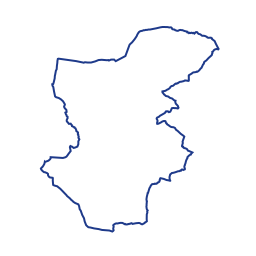 Wanging'ombe, Njombe, United Republic of Tanzania (Mercator projection), rotated 6°
{"feature_id": "72390352B33528420406675", "entity_name": "Wanging'ombe", "entity_type": "district", "adm_level": 2, "iso_a3": "TZA", "parent_name": "United Republic of Tanzania", "parent_adm1": "Njombe", "projection": "mercator", "projection_center": [34.635, -9.053], "detail": "fine", "context": "isolated", "style": "outline", "palette": "blue", "viewbox_px": 256, "rotation_deg": 6, "n_neighbors": 0, "source": "geoboundaries", "source_scale": "gbopen_adm2", "svg_char_len": 5754}
<svg xmlns="http://www.w3.org/2000/svg" viewBox="0 0 256 256"><g transform="rotate(6 128 128)"><path d="M158.5,23.7L157.0,23.5L151.9,23.9L149.7,24.5L145.7,25.9L139.5,27.8L138.2,27.9L136.5,28.5L135.6,28.5L134.1,29.1L133.4,29.1L132.1,29.8L130.2,30.4L129.6,30.8L128.9,31.4L128.3,32.4L128.3,32.6L128.1,32.8L127.4,34.4L127.0,35.8L125.3,39.0L123.1,42.4L121.3,44.4L120.8,45.2L117.9,56.7L108.8,62.8L107.0,61.4L103.9,61.8L102.0,62.9L101.5,62.5L99.9,62.8L94.7,62.9L91.6,63.5L88.4,65.2L84.3,66.8L81.4,67.1L78.3,67.1L77.1,67.7L76.5,67.6L69.4,66.9L51.7,66.3L51.0,66.6L50.8,68.6L50.9,70.7L50.8,73.2L50.9,77.1L50.3,78.5L50.0,82.4L49.8,83.9L49.9,86.3L49.3,90.7L49.0,92.1L48.1,92.4L48.5,93.9L49.4,95.0L50.6,99.3L52.2,104.2L53.3,104.9L56.0,105.4L58.3,106.5L60.6,108.2L62.5,110.7L62.8,111.4L62.4,112.6L62.2,113.6L63.1,115.0L64.7,116.3L64.9,116.7L65.0,117.4L65.2,117.9L65.2,118.6L64.1,119.2L64.8,120.8L65.4,121.4L65.7,122.4L66.0,122.8L66.7,123.1L66.9,124.6L66.5,125.5L66.2,126.6L66.5,127.9L67.7,128.8L68.2,129.5L68.9,130.1L70.1,129.7L70.6,129.7L71.2,130.6L71.9,131.0L72.1,132.0L74.7,132.9L74.7,133.3L75.9,133.9L76.6,135.4L76.8,135.6L76.9,136.4L78.6,137.5L78.8,137.8L78.7,139.2L79.2,139.6L79.1,140.1L79.5,141.1L79.8,141.4L79.9,142.1L79.7,142.9L80.8,144.3L80.0,146.4L80.3,149.3L79.6,151.8L77.4,153.0L76.0,153.5L74.3,152.4L73.4,152.4L72.8,151.9L72.4,152.2L72.2,153.1L73.4,156.9L71.6,159.8L70.8,161.3L69.8,162.9L68.7,163.7L66.4,164.6L54.1,165.1L54.2,166.3L53.7,167.3L52.3,168.8L48.9,170.5L48.8,170.4L48.6,172.3L47.7,174.4L46.8,176.0L46.5,176.1L45.6,177.4L46.0,178.3L47.5,179.7L49.1,180.7L50.2,180.7L52.4,181.4L53.2,182.0L53.4,183.3L54.3,184.6L55.4,185.3L58.3,185.4L58.5,185.7L58.7,188.2L59.5,192.4L60.7,192.9L63.8,193.4L64.6,194.0L67.0,195.5L73.8,201.2L74.5,202.0L77.5,204.0L79.4,205.7L80.1,206.0L81.6,207.3L82.6,207.7L83.2,208.1L86.6,209.1L87.5,210.7L88.5,213.9L89.6,215.1L91.6,219.3L93.7,222.4L94.7,225.5L96.6,229.1L98.9,230.8L101.1,230.9L104.8,231.4L109.5,231.6L112.8,232.1L120.2,231.9L123.2,232.6L124.1,231.8L124.4,231.1L123.9,230.1L123.8,229.1L124.0,228.3L124.0,227.4L123.5,226.4L123.7,225.8L125.5,224.4L126.5,224.1L127.8,224.0L128.5,223.7L130.5,223.1L132.5,223.0L134.3,223.8L135.1,224.1L135.3,224.1L135.4,223.8L136.0,224.0L136.8,224.1L137.2,224.0L138.4,223.4L138.9,223.5L139.5,223.1L140.1,223.0L141.1,222.4L141.6,222.3L142.5,222.9L145.8,221.9L148.7,221.3L149.2,221.3L150.0,221.5L151.4,222.2L152.0,222.3L152.5,222.2L153.6,221.3L154.3,221.0L154.7,220.2L155.3,219.9L156.5,218.8L156.1,216.6L155.7,211.9L155.8,211.4L156.1,210.2L155.8,209.0L156.2,207.9L155.4,207.2L155.0,206.2L154.5,204.0L154.6,202.9L154.4,201.6L154.5,200.5L154.3,199.4L154.5,198.9L154.0,197.9L153.8,196.9L153.9,194.4L154.3,191.5L154.3,190.7L154.7,190.5L155.6,185.7L156.4,184.0L156.7,182.9L157.9,181.3L159.6,181.0L160.1,180.7L160.5,180.8L160.8,180.5L161.5,180.6L162.3,180.4L162.7,179.8L163.1,179.6L163.2,179.2L164.4,178.5L164.7,178.2L165.1,176.8L164.9,176.5L165.2,175.2L165.3,174.7L165.6,174.5L169.0,174.9L171.7,175.7L173.5,175.8L175.4,176.1L175.5,176.0L174.8,174.6L174.4,172.5L174.8,169.8L175.8,168.8L176.3,168.2L177.8,167.8L179.6,167.1L182.3,165.8L183.8,165.5L184.4,164.9L185.0,165.0L185.2,164.4L185.4,164.3L185.8,163.7L186.6,163.6L187.3,164.0L188.8,163.2L188.9,162.8L188.1,160.8L188.1,160.1L188.8,159.8L188.4,159.8L188.4,158.5L188.8,157.3L189.1,154.9L189.6,153.0L190.2,152.0L190.1,150.9L191.4,149.2L192.9,147.8L193.3,147.8L193.6,146.9L194.6,145.6L191.1,144.5L190.1,144.3L189.8,144.1L189.0,142.9L187.4,142.2L185.9,142.1L185.1,141.6L185.2,141.4L184.8,140.8L183.7,140.6L183.6,139.9L184.1,137.2L183.7,136.0L184.1,134.0L184.9,130.7L184.1,130.0L181.1,128.3L177.3,125.4L176.4,125.1L175.5,124.2L175.1,123.5L174.6,123.0L173.2,122.5L170.9,122.5L169.1,121.7L168.0,120.9L166.9,120.5L166.3,120.0L166.2,119.6L165.9,119.6L165.4,119.1L165.1,118.8L164.7,117.5L164.2,117.2L162.9,117.3L162.2,117.6L161.4,118.0L160.2,119.0L158.0,120.4L157.1,120.8L156.5,120.7L156.4,119.4L156.7,117.9L156.3,116.9L155.5,115.8L155.6,115.1L155.9,114.6L157.6,113.6L158.5,112.5L160.5,111.1L163.1,109.2L163.7,108.0L164.2,107.4L164.7,107.6L165.8,107.2L166.1,107.3L167.0,108.0L168.0,107.6L168.4,107.2L168.9,105.9L169.5,103.8L169.8,103.6L171.4,103.3L172.4,103.4L173.5,103.2L175.4,103.4L175.8,103.2L176.1,102.6L175.2,100.7L173.0,98.8L172.4,97.5L172.3,97.0L172.4,95.9L171.4,95.8L170.4,95.2L168.9,94.1L166.5,93.6L164.7,92.5L162.3,92.2L161.7,91.8L160.9,91.1L160.2,90.8L159.7,90.0L158.6,89.1L158.4,88.0L161.3,87.1L163.3,85.5L163.9,85.3L165.4,83.9L165.7,83.1L166.4,82.2L167.0,81.7L168.1,81.4L168.6,81.1L170.1,79.4L170.7,78.9L171.3,78.7L171.5,78.9L172.8,78.3L173.0,77.9L173.4,77.8L174.1,77.1L175.0,76.6L176.1,76.4L178.6,75.5L179.4,74.9L179.9,74.7L180.4,74.8L182.1,74.7L182.8,74.9L183.3,74.8L183.5,74.6L183.5,73.6L183.2,71.8L183.2,70.8L182.9,69.9L183.1,69.1L185.7,67.2L186.2,66.6L187.1,65.9L188.9,65.5L190.1,65.1L190.3,64.8L190.8,64.9L191.3,64.7L192.8,63.2L194.0,61.3L194.8,60.5L196.0,57.0L196.7,56.1L196.8,54.6L197.8,53.5L198.8,52.7L200.8,50.0L203.5,47.0L203.8,46.4L203.7,45.9L204.2,44.5L203.8,43.6L204.7,42.8L205.3,41.6L206.1,40.9L207.6,40.2L210.0,40.4L210.4,40.5L210.0,40.2L206.6,35.1L205.1,32.5L202.2,30.7L202.2,30.2L201.9,29.9L201.4,29.8L201.0,29.5L198.3,29.9L197.3,29.6L196.9,29.1L195.1,28.5L193.7,28.3L192.9,28.5L191.8,28.4L190.7,27.6L189.8,27.2L188.7,27.1L188.3,27.0L187.5,26.4L186.9,25.6L186.4,25.4L185.9,25.6L185.2,25.7L184.6,26.7L183.8,26.7L183.8,26.9L183.2,26.6L182.8,26.9L182.6,26.7L182.4,26.8L181.0,26.6L180.7,26.9L180.0,27.1L179.4,26.9L179.2,27.1L178.7,27.3L178.3,26.8L177.0,26.8L176.8,26.6L176.8,26.0L173.9,25.6L171.9,25.0L171.6,25.1L169.8,25.0L169.0,25.2L167.6,26.1L166.7,26.2L164.7,25.8L164.1,25.3L163.4,25.2L162.4,25.2L161.9,25.1L161.5,24.8L161.2,24.1L160.8,23.7L160.2,23.4L158.5,23.7Z" fill="none" stroke="#1e3a8a" stroke-width="2"/></g></svg>